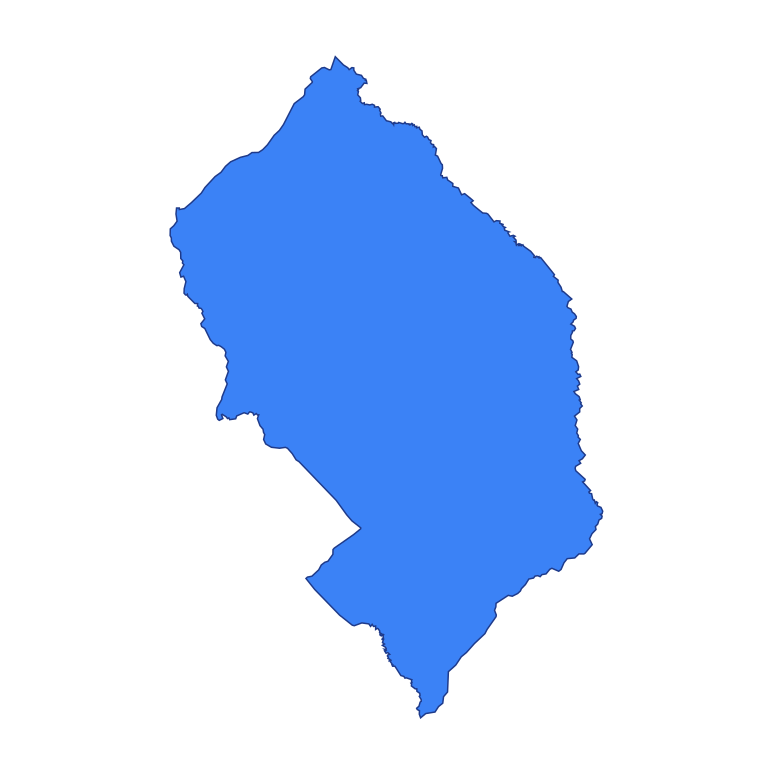 the district of Chai Buri, Surat Thani, Thailand, rotated 227°
{"feature_id": "78962969B57683949209589", "entity_name": "Chai Buri", "entity_type": "district", "adm_level": 2, "iso_a3": "THA", "parent_name": "Thailand", "parent_adm1": "Surat Thani", "projection": "orthographic", "projection_center": [99.067, 8.459], "detail": "fine", "context": "isolated", "style": "filled", "palette": "blue", "viewbox_px": 768, "rotation_deg": 227, "n_neighbors": 0, "source": "geoboundaries", "source_scale": "gbopen_adm2", "svg_char_len": 6171}
<svg xmlns="http://www.w3.org/2000/svg" viewBox="0 0 768 768"><g transform="rotate(227 384 384)"><path d="M656.6,571.6L650.2,559.6L651.1,558.2L656.1,556.3L657.6,554.0L658.7,539.9L657.6,538.4L654.0,537.8L653.5,537.1L653.5,527.4L649.7,523.2L649.2,521.0L650.3,509.6L642.3,487.4L640.8,480.5L640.8,473.3L638.4,461.8L638.1,455.1L638.9,450.2L643.3,445.3L644.0,440.3L647.7,433.6L651.1,423.4L651.3,416.5L650.0,409.2L650.9,401.9L649.8,387.0L648.2,380.6L648.0,366.8L648.4,357.7L651.2,353.3L652.3,354.3L654.2,352.3L650.2,347.8L644.2,343.7L643.1,338.2L643.2,333.5L638.4,328.8L635.9,328.1L633.4,325.9L628.0,324.3L622.0,325.7L619.0,325.1L614.3,320.9L611.2,320.8L610.0,319.1L607.7,319.0L604.8,310.5L600.7,308.4L599.5,310.9L594.0,309.0L590.0,302.9L586.8,299.7L584.5,299.6L583.8,300.1L583.8,301.4L581.8,300.3L571.9,300.6L569.9,302.6L568.3,300.7L567.5,301.2L565.6,300.5L564.3,301.7L562.6,301.7L560.5,301.0L560.0,299.1L553.9,297.3L553.0,291.2L550.4,289.9L546.8,290.8L535.0,287.2L530.2,286.9L526.1,287.9L525.0,289.5L522.2,290.4L518.3,291.0L515.0,290.0L512.9,287.0L506.7,285.6L504.0,280.4L499.4,278.9L495.2,270.8L491.0,269.4L485.0,256.7L483.4,254.8L480.5,245.7L475.5,240.0L471.7,238.4L469.8,238.7L468.6,242.6L472.3,244.1L472.2,245.0L467.7,246.2L465.5,246.0L465.0,247.4L463.2,246.8L459.7,251.8L461.1,254.5L458.4,262.1L454.9,263.9L455.3,266.6L454.4,267.4L452.4,268.4L450.0,267.6L449.5,270.4L447.5,270.4L446.9,271.3L445.0,267.8L438.1,264.9L433.4,264.7L430.8,262.9L428.4,262.3L425.5,258.1L420.8,256.6L414.5,258.5L408.3,263.8L404.9,268.7L402.8,269.6L395.6,269.4L388.5,268.0L385.1,268.9L331.4,269.7L313.8,267.5L305.7,267.2L294.7,268.9L294.0,268.2L294.6,259.1L297.9,235.8L297.7,233.8L294.3,230.5L292.6,222.1L294.0,219.1L294.4,214.7L292.6,209.5L292.6,200.2L295.0,196.3L295.0,194.3L281.1,193.2L245.2,193.9L229.3,196.3L227.5,197.4L224.4,204.8L218.9,209.3L215.9,208.9L216.3,211.4L213.8,211.0L212.7,212.8L210.2,210.5L209.9,212.4L209.0,212.8L206.2,212.4L205.3,211.3L202.8,211.9L203.8,210.4L203.1,209.9L201.6,210.2L201.0,213.4L200.6,211.7L198.0,209.9L199.0,209.3L198.5,208.4L197.3,209.0L195.9,206.5L193.5,207.0L194.0,204.6L190.6,205.5L189.0,205.2L188.4,204.5L189.7,203.4L187.7,203.6L188.4,202.4L185.7,201.9L184.9,203.6L182.4,203.8L183.2,201.9L182.8,201.0L181.2,200.9L180.7,199.7L179.1,200.4L178.1,199.2L177.9,200.5L177.2,200.7L176.8,199.3L174.0,199.0L173.3,198.2L172.4,198.9L171.7,197.9L170.1,199.5L159.3,197.5L156.6,199.1L154.6,198.7L153.9,199.9L148.7,202.7L148.2,201.6L146.6,200.8L146.9,199.7L145.8,199.6L144.5,198.1L139.8,198.9L138.7,200.1L136.8,198.5L133.4,199.2L131.6,197.9L131.5,196.8L127.9,196.0L126.6,194.9L126.7,193.5L124.5,189.8L124.6,186.7L123.3,186.3L120.9,187.1L118.4,184.6L114.9,183.1L114.5,189.8L109.3,197.6L110.9,203.9L110.5,209.3L114.7,214.3L115.4,220.4L129.7,234.9L129.5,244.8L131.8,254.5L131.4,261.1L132.5,273.1L132.6,287.6L134.2,292.0L137.4,307.2L138.5,308.6L143.1,310.5L144.7,313.8L147.2,316.4L144.7,330.7L141.3,333.1L139.6,338.9L139.6,342.6L140.6,344.9L140.9,350.7L142.6,356.9L140.1,361.0L140.5,363.5L138.9,365.8L136.6,366.8L136.9,369.5L134.6,373.0L135.4,378.9L134.7,381.1L127.9,384.1L127.6,387.0L130.5,393.7L131.3,398.9L126.7,404.9L126.8,410.7L123.4,414.3L123.1,415.6L124.5,426.7L130.6,428.7L132.7,434.1L133.0,439.8L135.6,441.4L135.8,444.8L137.9,448.5L137.3,451.5L138.6,453.4L141.1,453.4L140.4,455.0L141.8,457.2L145.8,458.5L149.1,457.0L150.2,457.3L151.5,459.4L153.1,459.0L152.7,457.2L155.7,458.7L156.1,458.0L157.6,458.2L162.2,461.0L164.0,459.8L165.3,460.2L165.2,462.4L176.9,462.5L176.3,464.7L177.1,466.1L189.8,465.1L192.1,466.4L193.1,468.0L191.9,473.8L194.9,474.3L194.0,478.1L194.8,482.8L200.6,482.8L208.1,485.5L209.6,489.8L212.7,489.7L213.8,491.0L216.7,491.5L218.9,494.9L223.2,495.5L226.1,500.6L230.6,501.4L230.1,508.1L232.6,510.4L232.7,514.0L235.4,514.3L235.7,515.4L239.1,515.8L238.7,516.8L241.7,518.1L246.4,517.3L249.0,517.8L247.2,522.7L250.6,524.0L250.4,527.1L253.5,528.4L256.6,528.6L255.3,533.1L257.7,533.9L258.7,532.5L262.1,532.6L261.8,535.6L263.9,538.1L269.5,540.7L275.4,539.6L277.3,541.8L278.8,542.1L278.9,543.1L282.1,544.0L285.4,550.9L286.8,551.6L289.6,551.3L292.1,553.7L293.3,557.1L294.3,557.8L293.3,559.4L294.0,561.9L296.3,562.7L300.4,561.5L300.4,564.5L301.4,566.2L301.0,569.3L302.2,570.7L305.4,571.2L308.2,570.7L311.3,571.8L314.5,570.5L316.1,570.8L318.6,575.1L318.1,579.3L329.3,578.2L330.0,577.5L334.1,579.5L339.7,580.5L341.2,582.2L347.2,581.3L347.7,583.2L369.6,584.8L370.4,583.4L371.4,584.2L372.0,583.1L373.2,582.9L373.7,582.0L373.1,581.1L374.4,580.0L375.5,581.5L381.0,581.8L389.4,580.1L391.1,580.5L391.4,578.9L392.3,579.5L393.5,579.0L392.6,577.9L393.5,576.9L394.8,578.8L394.5,577.3L395.4,576.8L395.3,575.6L397.4,576.8L398.7,576.7L397.7,577.5L399.2,578.7L403.2,578.7L402.7,580.6L404.5,580.0L406.2,576.9L409.8,577.6L410.5,578.3L410.0,579.2L414.1,577.2L415.9,578.2L415.7,579.5L417.7,578.6L420.3,578.8L419.2,579.4L419.5,579.9L422.6,578.3L424.1,580.0L426.8,577.6L427.6,575.0L437.3,575.9L438.9,575.4L441.8,572.8L453.6,571.2L457.4,571.3L457.2,574.2L459.5,574.0L468.2,572.8L469.5,569.8L476.6,572.1L481.7,569.1L483.7,571.1L489.8,569.7L492.3,570.9L494.7,567.6L496.6,568.7L497.7,567.8L498.4,568.2L501.8,573.9L504.6,576.2L506.3,576.1L514.1,578.6L516.4,577.7L520.4,582.9L523.5,582.9L523.7,581.8L525.3,583.5L526.9,582.4L528.7,582.5L530.0,584.4L532.1,583.5L535.0,584.3L536.2,584.0L536.9,581.9L540.1,582.0L543.2,584.4L545.7,584.0L547.8,584.9L549.1,582.6L550.1,583.6L551.1,582.1L552.9,582.9L553.4,581.4L554.5,582.3L555.6,582.1L555.4,580.4L556.5,580.3L556.3,579.3L557.8,579.2L559.2,577.6L561.1,577.8L560.9,576.2L561.8,575.1L565.3,573.1L565.1,572.1L567.0,570.0L568.0,570.3L568.4,569.3L567.3,568.1L568.5,568.5L568.6,567.8L571.1,567.8L574.9,565.3L580.9,565.9L582.1,564.3L584.1,565.6L584.2,566.6L587.2,567.5L587.6,568.6L590.8,568.8L593.0,565.9L594.3,567.1L596.6,566.2L597.8,563.9L600.4,562.1L601.7,560.2L603.1,561.3L603.9,559.5L607.1,559.4L607.2,560.3L609.4,561.9L613.4,562.0L615.4,564.8L616.6,564.7L616.7,566.8L617.2,565.7L617.9,566.0L616.6,569.0L617.6,574.7L615.5,576.5L618.1,578.1L618.9,577.6L619.3,578.5L621.6,577.4L625.1,578.0L629.5,575.1L634.0,575.9L635.8,577.5L637.3,576.3L637.7,572.9L640.0,573.2L645.1,571.9L656.6,571.6Z" fill="#3b82f6" stroke="#1e3a8a" stroke-width="1.5"/></g></svg>